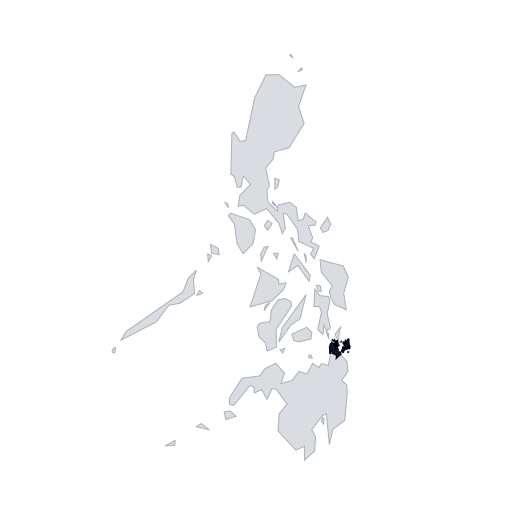 location of Surigao del Norte, Surigao del Norte, Philippines, rotated 12°
{"feature_id": "2640588B80080860218245", "entity_name": "Surigao del Norte", "entity_type": "district", "adm_level": 2, "iso_a3": "PHL", "parent_name": "Philippines", "parent_adm1": "Surigao del Norte", "projection": "robinson", "projection_center": [125.793, 9.694], "detail": "fine", "context": "in_parent", "style": "filled", "palette": "ink", "viewbox_px": 512, "rotation_deg": 12, "n_neighbors": 0, "source": "geoboundaries", "source_scale": "gbopen_adm2", "svg_char_len": 8994}
<svg xmlns="http://www.w3.org/2000/svg" viewBox="0 0 512 512"><g transform="rotate(12 256 256)"><path d="M240.5,73.8L258.9,82.9L269.4,78.2L266.5,100.9L275.5,116.3L265.8,143.2L252.3,150.4L252.6,157.9L247.2,167.8L254.6,184.5L252.9,189.0L256.4,200.8L267.5,207.6L267.2,201.3L277.9,196.5L285.6,200.2L289.7,212.7L294.6,210.2L295.2,203.8L307.6,210.2L307.3,213.5L300.9,215.7L307.6,226.4L306.8,231.0L315.7,233.1L313.6,246.5L309.1,243.0L310.8,236.5L294.9,232.9L291.2,221.5L277.1,208.2L273.9,208.8L278.8,222.8L277.1,228.6L271.6,219.3L256.6,207.4L245.7,215.6L233.2,208.9L228.1,211.2L227.6,200.2L235.8,187.2L226.9,180.4L227.0,191.8L223.2,192.6L218.6,182.9L214.4,181.3L207.0,141.2L208.4,139.1L216.6,147.1L221.8,145.3L221.8,101.7L228.0,76.8L240.5,73.8ZM348.9,326.8L367.1,340.5L369.9,349.7L365.7,359.9L371.4,363.1L373.8,371.1L376.9,398.4L367.1,409.7L367.0,425.2L357.8,396.0L354.4,398.0L346.6,414.3L351.9,420.7L353.9,434.7L345.8,445.5L342.9,432.1L335.2,437.6L313.9,422.5L311.5,405.7L317.1,394.2L303.5,382.1L299.2,382.4L296.6,393.9L289.2,385.5L282.8,390.4L281.5,384.9L277.1,383.7L265.2,406.9L260.7,406.4L259.7,399.8L267.8,378.5L284.6,372.5L288.1,364.5L297.7,356.8L308.2,364.6L306.9,375.5L316.9,370.4L322.1,359.8L330.3,360.9L333.8,349.2L340.6,352.1L342.4,347.6L349.6,348.0L348.9,326.8ZM294.9,340.6L286.7,346.7L283.5,339.2L275.9,334.6L271.8,324.9L273.6,320.9L283.3,317.3L282.3,305.4L286.5,294.5L293.4,291.4L299.8,293.5L301.2,297.5L290.9,323.7L294.9,340.6ZM343.2,247.6L350.6,257.2L349.5,274.3L355.6,289.8L343.0,287.1L338.0,281.5L335.1,275.3L337.0,269.4L323.3,258.3L319.5,246.4L343.2,247.6ZM259.9,266.9L282.9,274.2L284.3,278.7L291.0,276.0L290.0,283.1L281.2,296.3L260.7,307.1L264.5,272.9L259.9,266.9ZM172.2,341.1L141.5,366.4L144.8,356.6L192.1,306.2L194.3,292.0L200.6,282.3L199.8,292.6L203.8,305.5L191.3,318.1L181.0,322.2L172.2,341.1ZM222.1,219.4L242.2,221.8L250.1,230.4L250.5,244.5L242.9,256.4L235.0,248.1L228.3,229.3L220.6,222.4L222.1,219.4ZM326.5,281.5L335.4,280.6L337.8,285.2L337.5,297.4L343.9,311.0L340.7,314.4L336.8,309.3L337.8,318.9L331.6,315.0L331.8,297.5L328.7,292.3L323.2,293.4L320.4,276.0L326.5,281.5ZM296.2,335.5L296.6,320.8L313.0,283.4L312.1,308.4L304.5,316.1L296.2,335.5ZM326.9,325.9L315.1,331.3L310.4,330.6L307.4,325.0L320.4,315.2L326.5,319.1L326.9,325.9ZM293.0,246.0L313.1,263.6L313.2,269.8L298.9,256.5L291.0,264.8L293.0,246.0ZM321.0,216.1L316.6,219.0L313.1,215.2L317.8,203.4L322.6,209.3L321.0,216.1ZM269.7,416.9L260.5,422.2L257.3,415.1L263.0,412.9L269.7,416.9ZM209.0,254.1L217.6,256.4L219.7,262.3L212.1,262.5L209.0,254.1ZM260.0,218.7L265.0,220.9L262.2,228.3L257.8,224.8L260.0,218.7ZM237.3,431.3L246.7,435.8L233.2,435.4L237.3,431.3ZM354.4,322.3L349.5,316.4L353.9,307.2L353.3,312.8L354.4,322.3ZM265.7,244.1L262.3,259.7L260.1,253.2L262.1,245.6L265.7,244.1ZM215.3,453.1L215.9,457.8L206.6,460.6L215.3,453.1ZM263.1,176.9L262.8,183.9L260.6,186.8L258.3,175.9L263.1,176.9ZM279.4,298.7L275.3,307.7L275.3,302.5L279.4,298.7ZM212.7,265.1L210.4,271.5L208.4,264.0L212.7,265.1ZM327.3,277.2L324.2,277.4L321.1,272.2L324.9,271.6L327.3,277.2ZM277.1,248.7L277.1,254.5L272.6,249.7L277.1,248.7ZM366.6,325.5L362.0,324.4L364.1,318.1L366.6,325.5ZM288.2,230.9L296.3,242.7L286.1,231.1L288.2,230.9ZM211.8,303.5L206.4,306.8L207.9,301.5L211.8,303.5ZM303.3,340.4L302.3,345.4L299.2,342.9L303.3,340.4ZM304.8,245.3L306.6,252.2L302.6,243.4L304.8,245.3ZM137.9,380.3L135.1,379.9L135.8,375.5L137.9,375.0L137.9,380.3ZM332.2,344.3L328.7,344.6L328.4,341.9L330.5,341.4L332.2,344.3ZM356.8,406.6L354.3,403.4L355.0,400.2L356.8,401.8L356.8,406.6ZM217.4,210.7L219.0,214.6L214.7,210.1L217.4,210.7ZM342.9,316.5L344.3,321.7L340.4,315.4L342.9,316.5ZM262.6,64.0L258.5,67.3L261.5,62.5L262.6,64.0ZM266.6,204.2L261.1,201.1L261.2,199.0L266.6,204.2ZM247.9,51.4L251.3,55.0L247.4,52.6L247.9,51.4Z" fill="#d9dde1" stroke="#a8b0b8" stroke-width="1"/><path d="M349.3,335.4L349.0,333.6L349.4,333.3L349.3,333.1L350.8,333.3L351.5,333.9L351.0,335.1L354.7,336.1L355.3,336.6L355.8,337.4L355.9,339.1L358.8,335.0L359.2,335.0L359.3,334.2L359.0,334.1L359.1,333.7L358.7,333.1L356.9,332.4L356.3,332.6L355.7,332.2L355.7,331.5L355.5,331.8L354.4,331.2L353.5,331.2L352.5,330.4L352.1,329.5L352.3,329.0L351.9,328.4L352.4,328.1L352.3,327.5L352.6,327.4L352.6,326.9L352.0,326.9L351.9,327.5L351.7,327.1L351.5,327.4L351.3,327.2L351.5,326.6L351.1,326.9L351.1,326.6L350.7,326.5L350.5,326.3L349.8,326.5L349.6,325.7L348.6,325.5L348.5,325.1L348.2,324.8L348.1,325.7L347.2,326.5L346.9,329.6L348.5,335.8L349.3,335.4ZM364.0,318.2L363.7,318.1L363.0,318.8L363.0,319.6L362.1,321.5L361.8,321.6L361.5,322.0L361.6,322.6L361.2,323.2L361.6,323.9L361.4,324.1L361.2,324.0L360.9,324.5L361.3,324.6L361.2,324.8L361.6,324.8L361.5,325.2L362.0,325.5L362.6,326.8L363.0,327.1L363.1,326.8L362.8,326.6L362.9,326.4L363.5,326.8L365.1,327.0L365.1,326.7L365.4,326.7L365.5,326.3L366.2,326.1L366.5,325.2L365.9,325.4L366.0,325.1L365.8,324.8L365.8,324.2L365.3,324.5L365.1,324.1L364.5,324.1L364.7,323.7L365.1,323.6L365.2,323.3L365.0,322.8L365.1,322.0L364.7,321.6L364.3,319.5L364.0,319.1L364.0,318.2ZM360.9,326.8L360.1,326.8L360.0,327.2L360.2,327.6L359.9,327.8L360.0,328.2L360.3,328.3L360.1,328.5L360.4,329.1L360.4,329.7L359.9,329.7L359.8,330.1L360.0,330.5L359.9,330.6L359.7,330.3L359.9,330.6L359.5,330.6L359.4,330.9L359.9,330.8L360.1,331.3L359.9,331.3L360.0,331.7L360.6,331.8L360.7,332.2L360.5,332.3L361.3,332.2L361.5,331.7L361.4,330.6L361.9,330.1L362.0,329.4L361.9,328.9L361.2,328.7L361.2,327.8L361.3,327.4L361.3,327.7L361.5,327.6L361.3,327.2L361.2,327.4L361.0,327.2L360.7,327.5L360.9,327.1L360.6,327.0L360.9,326.8ZM353.2,322.2L352.7,322.4L352.6,323.2L352.2,323.3L352.0,324.0L351.6,324.4L351.7,325.0L351.9,324.5L352.1,324.6L352.2,324.9L351.8,325.1L352.0,325.2L352.0,325.4L352.7,324.8L353.7,324.7L354.4,324.1L354.2,323.9L353.7,324.1L353.5,323.7L353.3,323.8L353.4,323.4L353.2,323.0L353.2,322.2ZM361.4,320.8L361.4,321.0L361.6,321.5L361.0,321.7L361.2,321.8L360.9,321.9L360.9,322.1L360.4,322.4L360.6,322.6L360.3,322.6L360.1,323.1L359.9,322.9L360.1,323.4L360.4,323.2L360.4,322.8L360.5,323.1L360.8,323.0L361.2,322.4L361.5,322.1L361.5,321.9L361.8,321.5L361.4,320.8ZM362.9,327.3L362.9,327.6L362.7,327.6L362.8,327.8L362.5,327.9L362.4,328.9L362.8,328.7L362.9,328.3L362.8,328.2L363.1,328.0L363.3,328.3L364.0,328.1L363.8,327.9L364.0,327.6L363.3,327.4L363.1,327.7L362.9,327.3ZM353.1,328.0L353.3,329.3L353.6,329.4L353.7,328.4L353.4,328.1L353.8,327.8L353.4,327.6L353.2,327.9L352.8,327.6L352.6,328.3L353.1,328.0ZM352.5,322.3L351.8,322.7L351.5,322.4L351.2,322.8L351.3,323.2L351.8,322.8L351.5,323.3L351.6,324.0L352.1,322.9L352.5,323.0L352.5,322.3ZM361.8,327.3L361.7,327.6L361.8,327.7L361.7,327.8L361.5,327.7L361.4,328.0L361.6,328.7L361.8,328.8L361.7,328.4L362.1,328.6L362.4,328.3L362.2,328.0L362.3,327.8L362.1,327.7L361.8,327.3ZM355.1,325.2L354.9,325.8L354.6,325.6L354.6,325.8L354.7,326.5L355.1,326.5L355.3,326.9L355.3,326.5L355.7,326.1L355.1,325.9L355.1,325.2ZM361.0,322.9L360.3,323.6L360.9,324.1L361.4,323.6L361.0,322.9ZM350.0,322.1L349.9,322.3L349.9,323.1L350.6,323.8L351.0,323.8L350.1,322.7L350.0,322.1ZM353.1,325.6L352.9,326.0L353.1,325.9L353.0,326.2L353.0,326.4L353.5,326.3L353.5,326.8L353.8,326.9L353.9,326.5L353.5,326.3L353.1,325.6ZM353.1,326.4L352.8,326.5L352.8,327.2L353.2,326.8L353.1,326.4ZM359.7,322.1L359.5,322.5L359.5,322.9L360.0,322.4L359.7,322.1ZM354.6,326.9L354.2,327.1L354.4,327.1L354.4,327.3L354.7,327.4L354.6,326.9ZM351.1,326.2L350.7,326.3L351.2,326.4L351.2,326.2L351.1,326.2ZM352.5,326.5L352.1,326.7L352.0,326.8L352.6,326.9L352.5,326.5ZM351.0,325.9L350.7,326.0L351.1,326.1L351.0,325.9ZM366.7,330.1L366.6,330.4L366.6,330.7L366.7,330.1ZM366.5,327.1L366.1,327.2L366.1,327.3L366.4,327.3L366.5,327.1ZM353.8,328.1L353.9,328.5L354.0,328.4L353.8,328.1ZM364.1,328.5L364.5,328.6L364.1,328.5ZM356.4,331.9L356.1,331.8L356.4,331.9ZM365.9,330.8L365.6,330.9L365.5,331.2L365.9,330.8ZM352.5,328.6L352.2,328.7L352.3,328.9L352.5,328.6ZM363.1,327.1L363.3,326.9L363.2,326.9L363.1,327.1ZM360.7,321.9L360.5,322.1L360.6,322.3L360.7,321.9ZM349.7,321.9L349.5,322.0L349.7,321.9ZM353.4,327.3L353.1,327.3L353.4,327.3ZM366.8,330.9L366.5,330.9L366.5,331.0L366.8,330.9ZM357.5,322.0L357.4,321.9L357.3,322.1L357.5,322.0ZM350.5,326.1L350.5,326.3L350.5,326.1ZM348.3,322.2L348.2,322.3L348.4,322.4L348.3,322.2ZM352.6,328.4L352.4,328.4L352.5,328.5L352.6,328.4ZM351.9,325.6L351.7,325.6L351.8,325.7L351.9,325.6ZM363.4,327.3L363.2,327.3L363.4,327.4L363.4,327.3ZM353.3,322.8L353.2,322.9L353.2,323.1L353.3,322.8ZM354.0,329.1L353.9,329.0L354.0,329.1L354.0,329.1ZM361.6,322.3L361.4,322.3L361.6,322.3ZM361.5,323.9L361.3,324.0L361.5,323.9ZM353.5,325.8L353.4,325.7L353.5,325.8ZM361.5,323.8L361.4,323.8L361.5,323.8ZM361.2,321.3L361.1,321.2L361.1,321.3L361.2,321.3ZM360.4,331.9L360.3,332.0L360.4,331.9ZM362.0,321.3L361.9,321.3L361.9,321.5L362.0,321.3ZM361.5,323.7L361.4,323.7L361.4,323.8L361.5,323.7ZM358.3,332.8L358.2,332.8L358.4,332.8L358.3,332.8ZM359.9,322.7L359.8,322.8L359.9,322.7ZM351.7,326.4L351.7,326.5L351.7,326.4ZM355.1,329.8L355.0,329.7L355.0,329.8L355.1,329.8ZM361.3,324.0L361.3,323.9L361.3,324.0Z" fill="#0f172a" stroke="#020617" stroke-width="1.5"/></g></svg>